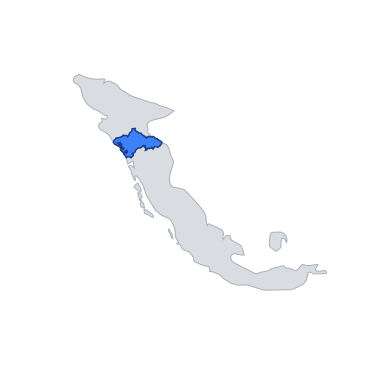 where Las Tunas sits in Cuba, rotated 206°
{"feature_id": "CUB-1368", "entity_name": "Las Tunas", "entity_type": "Province", "adm_level": 1, "iso_a3": "CUB", "parent_name": "Cuba", "parent_adm1": "", "projection": "equal_earth", "projection_center": [-77.037, 21.068], "detail": "fine", "context": "in_parent", "style": "filled", "palette": "blue", "viewbox_px": 384, "rotation_deg": 206, "n_neighbors": 0, "source": "natural_earth", "source_scale": "10m", "svg_char_len": 7523}
<svg xmlns="http://www.w3.org/2000/svg" viewBox="0 0 384 384"><g transform="rotate(206 192 192)"><path d="M124.9,128.0L132.4,129.8L138.6,129.3L141.5,128.3L141.2,129.4L143.9,132.1L144.9,132.2L148.8,130.9L159.2,130.4L160.2,131.1L162.0,133.7L164.7,135.3L167.4,136.6L170.2,136.9L173.1,136.3L175.8,136.6L179.1,139.1L180.1,139.4L183.1,138.7L182.2,141.1L187.2,144.3L190.9,150.7L193.5,153.4L196.4,155.8L198.8,157.4L201.4,158.1L209.6,157.8L211.5,158.0L213.2,158.9L214.9,159.3L215.8,158.9L231.6,169.0L236.6,174.3L239.6,177.1L246.2,181.1L248.9,182.0L250.3,181.5L250.0,180.6L248.1,178.3L247.8,177.5L250.3,178.2L254.8,182.7L256.0,184.4L258.3,186.0L260.5,187.1L259.5,188.9L257.6,189.0L254.1,188.3L256.9,191.2L257.4,193.3L258.7,193.5L260.6,191.2L261.9,189.2L266.8,194.3L269.5,196.6L268.8,198.0L268.6,199.3L271.6,198.1L272.7,198.2L273.8,198.9L275.0,201.1L277.8,201.6L280.6,201.5L286.3,203.3L291.7,207.0L296.8,207.7L301.9,207.9L304.5,209.8L305.6,212.4L304.4,214.3L303.7,216.2L305.6,218.6L301.4,219.6L300.8,221.0L301.1,222.5L301.9,223.4L304.3,222.6L307.7,223.3L313.1,223.9L316.8,223.4L324.2,225.0L326.4,225.9L330.8,228.9L332.9,230.9L337.3,236.3L341.0,238.4L344.3,238.9L345.4,238.6L347.4,239.9L348.3,242.3L347.8,244.7L344.9,248.2L340.3,248.4L333.8,249.1L327.5,251.3L324.4,253.0L323.0,254.1L319.7,255.2L319.5,254.3L319.6,253.2L318.7,251.0L318.0,252.9L316.7,254.3L314.7,255.5L307.0,255.6L303.9,254.0L300.8,252.9L289.3,251.8L286.5,251.9L278.9,253.0L271.2,253.7L267.9,254.4L264.7,255.6L258.5,255.5L251.2,256.8L243.8,257.0L248.6,248.1L258.5,239.6L260.4,237.7L261.7,235.4L262.0,233.6L261.6,232.1L259.2,229.4L258.7,227.4L258.0,226.1L254.6,225.0L251.1,224.3L247.4,224.3L239.8,223.4L235.7,223.3L232.2,221.5L226.5,215.0L223.8,213.2L222.4,211.8L221.3,210.1L220.0,200.6L218.9,196.1L217.2,192.1L214.5,189.1L211.8,188.1L201.1,190.6L198.6,190.3L196.2,189.4L180.2,183.2L173.6,179.9L170.9,178.2L168.6,175.8L166.3,171.9L163.6,168.4L163.6,169.8L163.2,170.7L149.8,171.2L147.6,170.4L146.3,169.4L145.3,168.0L144.6,165.2L143.4,162.8L142.9,165.3L142.2,167.7L140.4,169.0L138.4,169.2L135.9,166.1L125.0,165.4L124.1,164.9L120.6,161.9L117.5,158.1L120.6,156.8L126.9,155.1L128.2,153.9L129.0,152.4L128.5,150.2L127.3,148.6L126.0,147.7L124.6,147.1L122.7,146.8L98.6,146.4L97.2,147.6L95.0,150.1L90.6,153.2L87.7,156.5L86.7,158.2L85.3,159.4L82.3,161.4L79.7,164.5L76.6,165.9L74.9,165.1L73.3,165.1L72.1,165.9L70.8,166.2L64.6,166.6L63.6,167.4L62.7,169.6L61.6,174.0L60.6,175.4L57.5,176.0L54.5,177.2L48.4,181.3L46.8,181.9L47.2,178.9L47.0,175.9L45.3,175.8L43.3,176.3L41.7,177.1L38.7,179.4L37.1,179.9L35.7,178.8L36.0,177.3L46.1,172.0L47.3,171.6L49.0,172.0L50.8,171.8L52.2,170.3L50.6,163.3L51.4,158.5L53.7,154.8L58.5,149.2L60.7,147.3L83.7,135.6L86.0,135.0L100.9,132.7L103.1,131.9L110.0,128.4L117.3,127.0L124.9,128.0ZM103.1,189.9L100.4,192.0L94.6,194.9L91.5,195.0L88.3,193.9L86.2,191.5L85.0,189.1L85.1,187.9L87.1,189.8L88.8,190.8L90.1,190.1L91.1,189.1L88.1,181.3L88.2,179.7L90.8,175.4L97.6,176.7L98.8,177.5L99.7,180.2L101.2,182.3L102.9,187.9L103.1,189.9ZM217.5,151.7L221.5,152.6L224.2,151.9L225.6,152.3L227.5,155.5L225.8,155.9L224.4,155.9L223.4,155.3L219.9,155.2L217.5,154.2L216.2,153.4L215.6,152.5L217.5,151.7ZM245.3,175.1L244.1,176.3L242.8,174.6L240.8,173.7L238.6,171.8L238.1,169.8L239.9,169.6L242.3,170.0L246.3,171.1L246.0,173.4L245.3,175.1ZM234.9,162.1L234.3,162.8L232.8,161.3L230.5,160.7L229.2,158.4L227.9,157.6L227.8,156.7L229.9,156.2L231.4,156.4L233.0,158.2L233.9,161.3L234.9,162.1ZM239.2,168.3L238.3,168.4L235.4,166.7L234.5,165.4L235.5,163.6L235.7,161.6L236.1,161.5L236.6,163.9L238.8,164.9L238.9,165.4L240.3,167.4L239.2,168.3ZM196.7,147.4L196.7,148.4L191.7,145.6L189.5,142.6L188.6,141.9L190.1,141.9L196.7,147.4Z" fill="#d9dde1" stroke="#a8b0b8" stroke-width="1"/><path d="M266.3,194.3L266.8,194.7L267.8,195.4L269.4,195.8L269.8,196.2L269.6,196.7L270.2,196.7L270.0,197.5L269.8,197.9L269.4,198.0L268.4,198.1L268.0,198.3L267.7,198.7L267.6,199.2L268.0,200.2L269.5,199.2L269.4,200.2L269.7,199.9L269.8,199.5L269.9,199.1L270.0,198.6L269.8,198.6L270.2,197.8L270.3,197.4L270.4,197.0L272.2,197.8L272.3,197.7L272.6,197.6L273.2,198.0L274.0,198.3L274.3,198.3L274.7,198.6L275.1,199.1L275.3,199.7L275.1,199.9L274.6,200.0L273.0,201.0L273.1,200.4L272.8,200.0L272.5,200.0L272.6,200.4L272.4,201.1L272.8,201.3L273.4,201.4L273.9,201.7L274.3,202.1L274.8,202.4L275.4,202.5L276.0,202.6L276.0,202.3L275.3,202.1L275.1,201.9L275.0,201.5L274.8,201.0L274.8,200.7L275.4,200.4L275.9,200.4L276.6,200.7L277.2,201.2L277.6,201.8L277.8,201.8L277.8,201.0L278.0,201.0L277.9,202.5L277.5,203.1L276.0,203.1L276.0,203.4L276.6,203.4L276.3,203.6L276.2,203.7L276.4,204.2L276.7,204.2L277.0,204.0L277.4,203.9L277.6,204.2L277.9,204.9L278.2,205.0L278.3,204.9L278.5,204.7L278.8,204.3L278.8,204.2L279.0,204.2L279.4,204.2L280.2,203.6L280.5,203.4L280.1,203.2L279.1,203.0L278.8,202.9L278.4,202.3L278.3,201.7L278.5,201.2L279.1,201.0L282.5,201.1L283.2,201.4L283.7,201.8L284.6,202.3L284.6,204.6L284.3,205.3L284.2,205.4L284.1,205.5L283.9,205.8L283.9,206.0L284.0,206.7L284.0,207.0L283.8,207.2L283.0,207.8L282.4,208.2L281.1,209.2L280.6,209.7L280.5,209.8L279.8,210.6L279.2,211.3L278.9,212.4L278.8,212.9L278.7,213.1L278.3,213.1L278.2,213.0L277.9,213.0L277.5,213.1L276.0,214.0L275.5,214.1L275.3,214.1L275.1,214.1L274.8,213.9L274.5,213.6L274.2,213.4L273.8,214.7L273.9,217.5L273.8,218.0L273.7,218.4L273.2,219.3L273.0,219.8L272.9,220.1L272.8,220.6L272.9,221.0L273.2,221.6L273.4,221.9L273.5,222.3L273.5,222.5L273.4,222.7L273.1,222.9L272.8,223.1L271.7,223.7L271.5,223.8L271.0,224.3L270.7,224.1L270.2,222.7L269.9,222.4L269.5,222.2L268.8,222.3L267.6,222.1L267.0,222.1L266.8,222.1L265.6,221.8L264.9,222.1L264.5,222.2L264.1,222.2L263.6,222.4L263.4,222.4L263.2,222.3L262.7,222.0L261.7,221.5L258.8,221.4L258.1,221.1L258.1,220.9L258.0,220.6L257.8,220.6L257.5,220.8L257.1,221.2L256.9,221.3L256.7,220.9L256.5,220.7L256.4,220.7L256.3,220.9L256.3,221.3L256.2,221.6L256.2,221.8L255.9,222.2L255.8,222.4L255.7,222.6L255.6,222.8L255.0,223.2L254.9,223.3L254.7,223.2L253.9,223.3L253.0,223.6L252.2,224.0L251.8,224.5L251.6,224.3L251.4,224.3L251.2,224.4L251.0,224.5L250.7,224.7L250.5,224.8L250.3,224.8L250.0,224.8L249.5,224.7L248.0,224.0L246.9,224.8L246.6,224.8L246.2,224.4L245.8,224.2L244.9,224.3L244.7,224.2L244.1,224.0L244.0,223.9L243.8,224.0L243.5,224.0L242.0,223.9L241.5,223.7L240.8,223.0L240.5,222.9L240.9,219.7L242.4,217.0L243.1,217.1L244.9,216.7L245.3,216.5L245.6,216.2L245.5,215.7L245.6,215.4L245.7,214.8L245.7,214.6L245.7,214.3L245.6,214.1L245.6,213.8L245.9,213.6L246.1,213.5L246.4,213.9L246.5,214.1L246.6,214.4L246.8,214.5L247.2,214.6L247.4,214.6L247.6,214.6L247.8,214.4L247.8,213.9L247.9,213.4L248.2,213.2L248.8,213.0L249.2,212.9L249.3,212.3L249.4,212.2L249.5,212.2L249.8,212.2L250.2,212.2L250.8,212.1L250.9,211.7L251.0,211.5L251.1,211.2L251.2,210.9L251.1,210.5L251.1,210.3L251.1,210.1L251.3,209.9L251.7,209.6L251.9,209.3L252.0,209.2L252.0,209.3L252.1,209.5L252.3,209.8L252.6,210.3L252.6,210.5L252.7,210.9L252.7,211.0L253.3,211.3L253.7,211.3L254.0,211.4L254.2,211.5L254.0,212.1L254.0,212.3L254.0,212.6L254.3,213.0L254.6,212.2L254.8,212.0L255.0,211.8L255.3,212.0L255.6,212.4L255.7,212.5L256.0,212.6L256.2,212.4L257.1,209.9L257.5,209.2L257.8,208.9L258.1,208.7L259.1,208.4L259.3,208.3L259.7,207.9L259.8,207.6L260.9,205.4L260.8,202.9L260.8,202.6L260.9,202.2L262.6,200.3L262.6,200.1L262.4,199.9L261.3,200.0L261.2,199.8L261.0,199.6L260.9,199.0L260.9,198.6L261.1,198.1L261.3,197.7L261.8,196.0L262.4,196.0L263.0,196.2L263.6,196.2L264.4,196.0L264.7,195.8L265.6,194.9L266.0,194.7L266.3,194.4L266.3,194.3Z" fill="#3b82f6" stroke="#1e3a8a" stroke-width="1.5"/></g></svg>